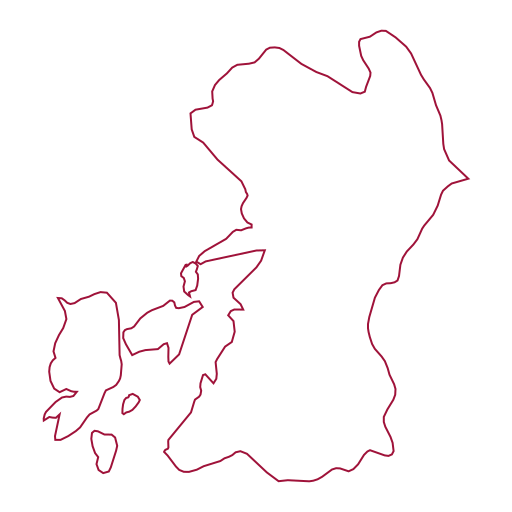 map outline of Kumamoto (Equal Earth projection)
{"feature_id": "JPN-1830", "entity_name": "Kumamoto", "entity_type": "Prefecture", "adm_level": 1, "iso_a3": "JPN", "parent_name": "Japan", "parent_adm1": "", "projection": "equal_earth", "projection_center": [130.522, 32.636], "detail": "fine", "context": "isolated", "style": "outline", "palette": "rose", "viewbox_px": 512, "rotation_deg": 0, "n_neighbors": 0, "source": "natural_earth", "source_scale": "10m", "svg_char_len": 4376}
<svg xmlns="http://www.w3.org/2000/svg" viewBox="0 0 512 512"><path d="M164.1,451.9L164.2,451.5L165.3,449.9L167.9,448.7L168.4,447.4L168.2,441.3L168.4,439.9L191.0,412.4L194.2,401.8L195.0,399.6L199.1,396.7L200.5,394.6L201.2,390.7L200.2,387.1L200.5,383.3L203.0,375.1L205.3,374.3L213.5,383.3L216.3,378.8L216.8,373.8L215.6,362.1L217.1,359.1L225.1,346.6L231.8,342.0L234.7,331.7L233.5,321.1L228.2,315.3L230.8,311.1L234.3,309.5L243.2,309.6L240.6,304.2L233.5,297.7L232.6,292.7L234.3,289.3L256.4,267.4L261.1,260.7L264.8,250.3L256.4,250.5L205.7,261.4L200.6,264.2L196.3,261.6L199.2,255.9L204.8,251.1L226.2,238.8L232.8,231.9L236.3,229.8L241.1,230.3L246.1,228.3L248.7,227.6L251.6,227.5L251.6,224.5L247.4,222.5L244.0,218.4L241.8,213.5L241.0,209.1L241.6,206.2L243.0,203.1L246.5,197.9L247.6,195.6L247.1,193.9L245.9,192.1L245.3,189.3L241.4,181.3L217.5,159.6L203.2,142.6L194.3,136.9L191.7,129.4L190.5,113.4L195.5,109.7L207.5,107.6L211.9,105.3L212.3,104.3L213.1,101.3L212.6,98.7L212.2,91.4L215.0,85.0L219.2,80.0L226.9,73.4L232.2,67.6L237.3,64.8L249.0,63.7L254.6,62.4L258.9,58.7L266.2,49.6L269.9,47.7L274.8,47.4L279.4,48.0L283.4,50.0L301.4,63.9L316.3,72.0L327.5,76.2L352.4,92.1L360.4,93.5L364.8,91.7L366.1,86.8L370.2,76.0L370.5,72.6L368.7,68.6L363.2,60.2L361.2,55.9L359.1,45.8L359.1,41.8L360.5,39.1L369.9,36.7L376.4,32.4L381.4,30.7L385.9,30.9L395.6,37.4L406.2,46.7L411.1,53.5L421.0,74.8L423.8,79.4L430.0,88.0L432.4,92.9L436.0,105.2L440.4,115.6L441.5,120.3L442.1,124.1L443.3,143.9L444.1,149.1L449.1,160.5L468.3,178.7L451.7,183.5L447.9,186.3L443.0,190.7L441.1,194.6L437.7,205.6L433.2,214.8L424.2,225.6L422.2,228.6L417.4,239.2L413.4,244.5L406.8,251.5L402.9,257.6L400.4,264.7L399.0,276.1L397.5,280.5L394.6,282.3L390.7,283.2L386.3,283.4L382.4,285.2L378.9,290.0L374.9,297.7L369.3,317.0L368.0,324.0L368.0,328.3L368.6,332.1L369.8,337.0L372.1,344.0L374.8,348.8L381.6,356.5L384.9,361.2L387.7,368.2L389.5,374.7L394.1,384.2L395.5,389.0L395.2,394.8L393.3,399.8L387.4,409.4L383.8,416.9L383.8,422.0L385.3,426.7L390.5,436.9L392.6,442.8L393.6,451.1L391.9,454.4L388.5,455.9L384.7,455.4L370.0,450.2L367.4,451.5L364.0,454.9L358.1,464.3L353.4,469.1L348.6,471.3L340.0,468.4L336.1,468.2L332.0,469.5L322.1,476.8L317.6,479.3L313.3,480.7L309.3,481.3L287.8,480.2L278.6,481.2L266.8,472.4L247.0,453.8L240.4,451.2L235.6,452.3L232.3,455.1L228.9,456.8L224.5,458.3L220.4,461.0L203.7,466.2L196.8,469.7L188.9,471.9L183.8,471.8L179.2,469.9L175.9,466.5L167.6,455.5L164.3,452.1L164.1,451.9L164.1,451.9ZM106.9,292.7L115.9,302.8L118.9,320.0L119.6,355.1L120.4,358.3L121.2,361.0L121.7,364.3L120.8,375.3L120.1,378.5L118.9,381.0L116.2,384.9L113.3,387.0L105.9,390.4L104.5,393.2L98.3,409.1L96.6,410.6L89.6,414.4L87.0,417.4L80.1,427.4L75.8,431.1L68.2,436.1L60.5,439.9L55.3,439.9L55.0,436.1L59.6,414.4L55.9,417.8L52.5,417.6L49.3,417.0L43.8,420.5L43.7,418.5L44.7,414.4L46.0,411.9L55.6,402.0L62.0,397.5L66.2,396.6L69.9,396.9L73.4,396.0L76.8,391.8L73.7,391.7L71.2,391.2L66.3,389.0L59.6,392.2L54.2,388.6L50.5,380.9L49.2,371.7L49.6,367.1L50.8,363.3L52.8,360.3L55.5,357.9L53.5,351.4L55.2,343.2L59.0,335.0L63.2,328.1L66.4,319.1L64.9,311.0L57.9,298.0L61.8,298.3L64.7,300.4L67.2,302.8L70.4,304.0L74.6,303.1L80.9,299.0L89.0,296.7L94.4,294.1L100.5,292.1L106.9,292.7ZM184.5,307.0L193.9,301.9L199.1,301.3L202.7,307.0L192.2,314.8L179.1,354.4L169.6,363.6L168.5,361.5L168.3,356.9L168.5,347.9L167.0,343.2L163.7,344.2L157.9,349.1L145.4,350.1L139.3,351.7L132.2,355.1L125.9,344.2L123.2,338.1L123.4,332.3L124.9,330.1L127.0,329.1L131.3,328.3L134.1,326.5L140.3,318.4L147.3,312.7L151.9,310.2L163.2,305.9L169.9,300.6L172.3,300.7L174.3,302.4L175.0,305.5L176.2,307.9L178.8,308.2L184.5,307.0ZM104.4,434.5L111.6,434.6L115.1,437.5L117.2,445.8L116.1,450.7L110.8,467.4L108.8,471.5L103.2,473.1L98.6,470.0L96.5,464.1L98.2,457.1L95.1,453.1L92.6,446.2L91.3,438.8L92.0,432.9L94.5,430.8L97.9,431.3L104.4,434.5ZM195.9,271.8L197.8,274.4L198.1,278.7L197.2,285.6L195.6,290.1L191.3,291.2L189.0,292.5L190.0,296.4L188.0,295.0L184.2,291.5L183.5,286.6L184.9,281.3L183.8,278.0L181.3,276.1L181.0,273.3L185.6,264.9L186.5,264.7L186.6,266.3L187.6,265.7L190.2,263.2L192.8,262.0L195.8,263.6L197.8,266.0L196.9,269.1L195.9,271.8ZM132.7,393.9L137.8,396.7L139.8,400.0L138.7,402.3L135.7,406.4L132.4,409.9L129.2,411.7L126.3,412.4L123.8,414.2L122.4,413.1L122.5,408.8L123.1,404.3L124.4,400.0L126.2,397.9L128.0,397.5L128.8,396.6L129.1,395.2L132.7,393.9Z" fill="none" stroke="#9f1239" stroke-width="2"/></svg>